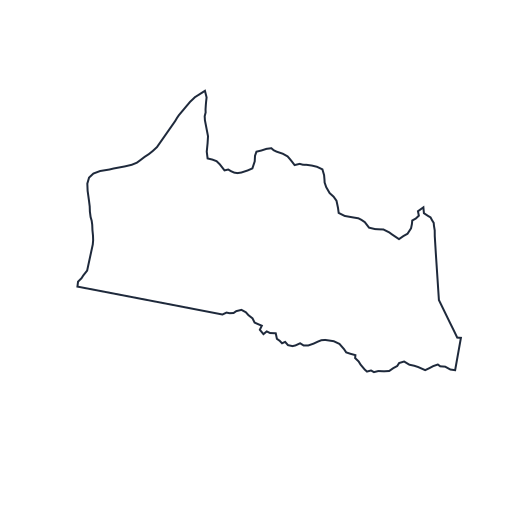 the district of Jatobá do Piauí, Piauí, Brazil, rotated 71°
{"feature_id": "56859067B34195907990870", "entity_name": "Jatobá do Piauí", "entity_type": "district", "adm_level": 2, "iso_a3": "BRA", "parent_name": "Brazil", "parent_adm1": "Piauí", "projection": "mercator", "projection_center": [-41.919, -4.852], "detail": "fine", "context": "isolated", "style": "outline", "palette": "slate", "viewbox_px": 512, "rotation_deg": 71, "n_neighbors": 0, "source": "geoboundaries", "source_scale": "gbopen_adm2", "svg_char_len": 2369}
<svg xmlns="http://www.w3.org/2000/svg" viewBox="0 0 512 512"><g transform="rotate(71 256 256)"><path d="M226.8,434.8L297.9,311.1L300.4,306.8L299.9,302.3L301.5,299.6L302.6,295.8L301.7,292.6L302.2,287.3L305.9,283.9L309.5,282.4L313.8,279.6L318.5,279.0L321.4,275.9L323.8,273.2L327.0,276.4L332.3,274.4L330.8,270.4L333.4,267.8L335.5,262.5L341.1,263.2L343.9,261.2L347.0,259.8L346.7,256.4L350.7,254.8L353.1,250.8L353.4,247.8L352.9,242.7L356.1,240.1L357.6,235.7L357.6,230.1L357.1,225.4L356.9,221.6L357.9,217.9L359.8,214.2L361.9,210.2L366.3,205.7L372.7,203.1L376.5,202.1L379.1,198.7L382.1,194.3L384.8,195.5L389.1,193.3L392.7,192.5L398.7,190.2L401.4,188.7L401.7,184.5L404.2,182.3L404.6,177.8L406.7,172.5L408.1,167.5L406.7,162.6L406.0,158.3L403.8,155.5L404.0,150.3L408.7,146.4L411.3,142.1L413.8,138.8L419.0,133.2L418.5,128.7L417.8,124.2L417.8,119.4L420.3,117.7L422.2,113.2L426.6,109.2L428.8,104.9L400.1,88.9L398.7,92.3L391.0,93.2L381.7,94.4L357.2,97.4L312.0,85.1L295.4,80.5L290.0,78.7L285.4,77.9L282.5,77.2L279.5,77.9L276.3,78.4L274.1,80.3L270.2,83.3L264.5,81.9L266.4,88.3L270.9,88.9L272.6,92.7L273.3,96.7L276.6,98.2L280.3,100.4L284.3,105.5L285.1,110.0L286.6,115.3L279.6,120.6L277.1,122.3L272.4,126.9L270.9,130.8L269.3,134.7L266.0,139.9L259.4,142.1L256.1,144.6L253.7,146.9L251.0,151.9L247.0,159.1L242.2,163.8L237.2,162.8L230.0,161.9L225.2,163.3L220.5,165.9L213.8,167.2L208.9,167.2L206.1,166.4L201.7,165.3L195.7,165.0L191.5,169.3L188.7,173.7L186.3,178.4L185.0,181.9L183.1,184.7L182.6,189.9L178.4,191.3L175.6,192.3L172.1,193.7L168.0,197.4L164.0,202.6L161.7,204.9L159.1,206.4L158.1,211.2L158.0,216.6L157.5,221.6L160.9,224.3L166.1,226.4L172.0,230.9L172.4,236.1L172.3,242.7L171.6,246.5L170.1,249.4L167.7,252.0L165.2,254.1L164.8,257.9L157.5,260.4L153.5,262.4L150.6,265.9L148.0,270.0L141.3,268.6L133.7,265.1L127.2,262.4L111.0,260.1L107.1,259.0L103.9,256.9L101.0,256.0L96.7,254.2L94.0,253.0L90.0,251.1L83.2,250.5L85.9,261.9L88.8,268.2L97.7,283.0L99.7,285.7L102.1,288.5L120.8,314.2L123.1,319.4L124.8,324.2L126.0,329.0L127.8,334.4L129.0,338.3L129.3,343.8L128.6,350.8L126.9,362.2L126.5,366.5L124.9,375.7L125.1,382.9L127.5,388.3L132.6,391.9L139.6,394.0L149.3,395.9L155.0,397.1L159.9,398.6L165.3,399.7L169.2,399.9L173.2,400.7L178.2,402.2L183.7,403.5L188.2,404.9L192.0,406.6L214.8,420.4L218.2,425.7L220.2,428.2L222.3,432.6L226.8,434.8Z" fill="none" stroke="#1e293b" stroke-width="2"/></g></svg>